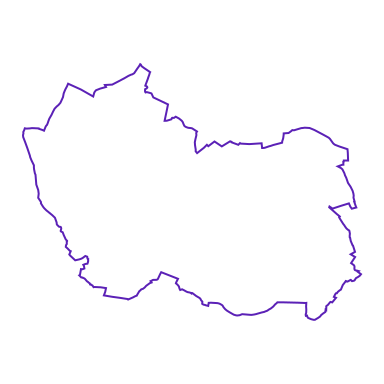 the district of Sacueni, Bihor, Romania
{"feature_id": "2599482B16582561953184", "entity_name": "Sacueni", "entity_type": "district", "adm_level": 2, "iso_a3": "ROU", "parent_name": "Romania", "parent_adm1": "Bihor", "projection": "natural_earth1", "projection_center": [22.114, 47.344], "detail": "fine", "context": "isolated", "style": "outline", "palette": "violet", "viewbox_px": 384, "rotation_deg": 0, "n_neighbors": 0, "source": "geoboundaries", "source_scale": "gbopen_adm2", "svg_char_len": 5886}
<svg xmlns="http://www.w3.org/2000/svg" viewBox="0 0 384 384"><path d="M305.9,315.9L307.0,315.6L307.2,316.1L307.4,316.8L307.8,317.5L308.1,317.9L311.2,319.2L313.6,319.8L314.9,319.8L318.1,317.9L320.1,316.5L321.1,315.1L323.2,313.4L325.3,312.0L325.6,309.6L326.2,310.0L326.3,307.5L326.2,306.5L326.4,306.0L327.8,305.0L330.2,302.1L330.7,301.9L332.2,302.4L336.0,297.8L333.9,296.9L335.3,294.1L336.1,293.2L336.9,293.2L337.8,291.9L339.6,290.4L340.9,289.6L342.8,285.0L345.0,282.2L345.8,281.0L346.1,281.1L347.1,281.4L347.2,281.6L348.1,281.3L349.7,280.4L350.5,279.9L350.8,279.9L351.9,281.1L352.4,281.1L354.0,280.7L354.7,280.2L355.0,279.6L355.9,278.2L356.2,278.0L358.3,276.8L359.8,275.7L360.6,274.7L361.0,274.2L357.8,271.8L358.7,271.1L358.0,270.9L356.9,270.6L355.6,270.4L354.9,270.0L354.6,269.6L354.4,268.5L354.5,266.8L354.4,266.1L353.9,265.2L351.1,263.1L355.1,257.0L350.7,254.3L355.0,251.9L353.0,245.6L352.6,245.4L350.8,241.1L350.5,239.8L350.1,237.7L349.8,237.5L349.7,237.2L349.7,235.5L349.9,233.7L349.4,231.0L349.2,230.5L348.4,230.1L346.5,228.5L344.9,226.3L344.4,225.4L343.2,223.9L339.9,218.7L339.1,217.2L339.8,216.5L339.6,216.3L337.1,214.3L332.7,210.4L329.2,207.3L329.5,206.5L332.4,208.5L332.8,208.5L341.4,205.7L348.9,203.4L350.3,206.6L351.8,208.7L356.3,207.5L355.7,206.0L354.2,201.7L354.6,201.6L353.5,197.7L353.7,195.6L353.4,193.6L352.6,190.8L350.6,186.8L348.0,182.9L346.2,177.7L345.0,175.3L344.4,173.3L343.7,171.9L342.4,169.3L341.0,168.1L337.8,166.4L342.1,164.8L343.4,164.7L343.3,161.8L343.7,161.7L343.8,160.5L348.1,160.5L347.8,152.7L347.5,149.2L339.4,146.5L335.0,144.8L334.0,144.1L333.1,143.3L329.9,138.8L328.7,137.7L326.2,136.3L322.9,134.5L314.6,130.1L313.0,129.4L309.6,128.0L304.7,127.7L302.7,128.0L301.3,128.1L294.0,130.3L292.3,130.1L291.2,131.1L288.6,133.0L283.7,133.4L283.7,133.9L283.6,135.2L283.3,137.5L283.1,138.6L282.2,141.4L282.1,142.7L273.3,145.0L270.4,146.0L269.4,146.2L264.7,147.8L263.0,148.0L262.1,148.0L261.6,143.3L249.4,144.1L240.7,143.6L240.0,143.1L238.3,144.8L231.5,142.3L231.5,141.8L230.1,141.3L221.8,146.4L214.5,141.5L208.3,146.2L206.9,144.8L203.9,147.8L197.1,153.1L195.8,151.5L195.7,151.4L195.7,149.3L195.5,148.3L195.0,145.0L194.9,143.2L194.8,142.3L195.4,139.3L196.3,135.6L196.4,134.9L196.2,133.1L196.5,132.3L197.0,131.5L192.2,128.4L191.1,128.1L188.2,127.8L186.2,127.1L185.1,126.5L184.3,125.8L183.4,123.8L182.8,122.2L181.8,120.8L180.5,119.7L179.0,118.5L175.7,116.7L174.4,117.6L173.9,117.9L172.3,117.8L172.0,118.0L171.8,118.4L171.4,119.3L166.9,120.7L165.1,120.8L164.6,120.8L166.5,111.8L168.0,104.4L153.3,97.4L151.5,93.5L150.9,93.2L146.8,92.1L146.4,92.1L145.7,92.5L145.4,92.3L145.0,91.2L145.1,89.2L146.5,88.5L147.3,87.6L147.3,87.2L147.2,87.0L147.0,86.6L146.5,86.2L145.3,85.7L148.1,78.1L148.1,77.9L149.3,74.6L149.9,72.4L150.1,72.1L144.3,68.2L141.6,66.2L140.8,64.6L140.2,64.2L139.3,65.8L138.4,67.1L137.3,68.6L135.2,71.7L134.2,73.2L132.4,74.3L131.0,74.7L128.4,75.9L124.8,78.0L118.8,81.2L112.2,84.6L104.9,85.0L106.0,87.0L100.2,88.6L98.2,89.4L96.1,90.2L95.2,91.2L94.3,92.5L93.2,96.5L80.9,89.5L68.1,83.7L67.0,86.3L65.4,89.3L64.7,90.9L63.7,93.4L63.0,97.1L61.6,100.2L60.4,102.8L58.5,105.0L56.7,106.5L54.6,108.7L53.1,111.5L51.5,114.9L49.3,118.7L48.4,121.1L47.7,123.2L47.0,124.9L46.3,125.6L45.7,126.5L44.0,130.7L42.5,130.0L38.6,128.7L38.6,128.4L32.0,128.1L29.9,128.4L26.6,128.6L24.8,128.3L24.3,129.9L23.3,132.0L23.4,133.6L23.0,135.1L23.2,137.1L25.1,142.0L27.4,148.3L29.9,155.7L30.2,157.2L31.5,160.4L33.9,165.3L33.9,167.6L34.1,169.4L34.9,173.4L35.5,174.7L36.3,184.6L38.2,190.0L38.7,193.7L38.2,197.8L40.9,201.9L41.0,202.4L40.9,203.3L43.1,206.8L44.2,208.2L46.3,210.3L52.3,215.2L54.8,217.6L55.0,217.9L56.6,222.4L56.8,224.3L57.1,224.8L59.0,226.7L59.4,226.8L60.6,226.9L61.0,227.4L61.2,228.2L61.2,228.9L60.7,230.7L60.7,231.1L60.9,231.4L62.7,232.3L63.8,235.2L65.7,239.3L66.1,239.8L67.1,240.8L67.1,241.2L66.7,241.7L66.8,242.6L66.8,244.0L66.3,244.6L65.9,245.9L65.8,246.9L67.6,248.5L69.9,250.9L70.7,251.2L69.3,254.5L70.2,255.6L75.2,260.3L79.2,259.4L80.8,258.9L82.5,258.1L85.3,256.0L87.2,256.7L87.5,258.6L88.1,258.9L88.2,259.0L88.0,259.3L88.0,259.6L88.2,260.6L88.2,261.1L88.0,261.5L87.9,262.5L87.8,262.8L87.5,263.3L87.4,263.7L85.7,263.9L85.1,264.1L83.3,264.8L83.5,265.2L84.0,266.1L84.4,268.5L83.1,269.0L82.1,269.3L81.0,269.1L80.1,274.1L79.9,274.9L79.7,275.2L79.3,275.4L81.2,277.4L82.0,277.5L82.4,277.7L82.7,277.6L83.1,277.9L84.3,278.4L84.6,278.6L85.3,279.3L87.0,281.3L88.2,282.1L88.4,282.4L89.9,283.5L90.0,283.8L90.0,284.3L90.2,284.6L90.9,284.7L91.1,284.6L91.8,285.2L92.4,285.4L93.6,287.2L94.6,287.0L100.7,287.3L106.0,288.1L105.2,291.9L103.9,295.4L112.2,296.8L120.3,297.9L128.0,299.1L128.2,299.5L133.2,297.3L135.0,296.3L136.8,295.6L137.1,294.9L139.3,291.2L140.5,290.3L140.8,289.7L141.7,289.2L143.0,288.8L144.7,287.5L146.2,285.8L149.9,283.1L151.6,282.5L151.4,282.1L150.6,281.1L152.3,280.3L152.8,280.0L153.3,279.9L153.9,279.9L156.6,279.8L157.1,279.6L157.5,279.4L157.8,279.1L158.2,278.3L160.1,274.2L161.2,272.2L178.0,278.8L176.2,282.4L175.9,283.3L177.4,284.6L178.5,285.9L178.9,286.5L179.1,287.2L179.6,288.9L180.2,290.0L182.1,289.3L184.3,290.4L186.2,291.5L187.5,292.1L189.7,292.5L190.7,292.9L191.5,293.5L191.8,293.0L192.4,293.1L196.2,296.0L199.6,298.0L200.4,298.8L200.8,299.7L201.3,300.5L201.9,301.1L202.4,301.8L202.2,303.3L202.2,303.8L202.5,304.1L203.7,304.7L205.2,305.0L205.5,305.2L208.2,305.9L208.7,302.9L209.2,302.9L209.5,302.8L211.1,302.7L212.0,302.8L217.3,303.1L218.7,303.4L220.0,303.9L221.9,305.0L222.5,305.5L222.9,306.1L223.5,307.2L225.2,309.2L226.9,310.6L229.6,312.3L233.8,314.7L235.9,315.3L237.1,315.5L239.6,315.2L242.1,314.2L242.5,314.2L249.8,314.8L251.5,314.9L254.2,314.5L256.1,314.1L257.4,313.7L261.6,312.5L264.3,311.9L265.1,311.5L267.3,310.7L268.8,309.6L270.8,308.5L273.2,306.6L275.3,304.2L276.5,303.3L277.4,302.3L281.7,302.3L298.2,302.7L305.6,303.0L306.3,302.9L306.1,306.5L306.3,309.5L306.2,312.7L305.7,314.4L305.8,315.7L305.9,315.9Z" fill="none" stroke="#5b21b6" stroke-width="2"/></svg>